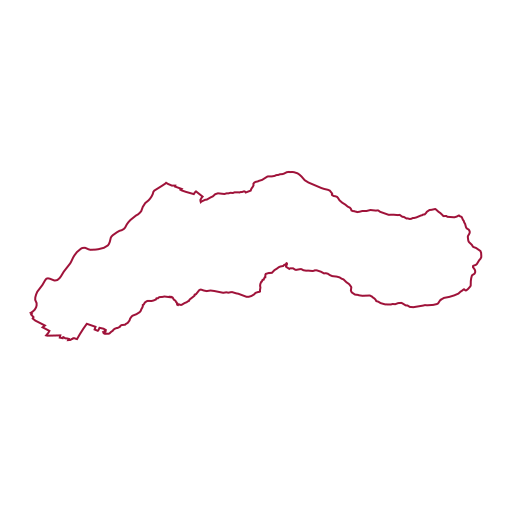 outline of Alunis, Mures, Romania
{"feature_id": "2599482B15275919271112", "entity_name": "Alunis", "entity_type": "district", "adm_level": 2, "iso_a3": "ROU", "parent_name": "Romania", "parent_adm1": "Mures", "projection": "natural_earth1", "projection_center": [24.861, 46.884], "detail": "fine", "context": "isolated", "style": "outline", "palette": "rose", "viewbox_px": 512, "rotation_deg": 0, "n_neighbors": 0, "source": "geoboundaries", "source_scale": "gbopen_adm2", "svg_char_len": 6041}
<svg xmlns="http://www.w3.org/2000/svg" viewBox="0 0 512 512"><path d="M68.2,340.1L70.5,339.9L71.8,339.0L72.6,338.9L73.0,338.3L73.2,338.2L74.3,338.2L75.6,338.7L77.0,339.1L79.9,334.1L83.4,328.6L86.8,323.8L95.5,326.8L94.6,329.5L97.8,330.8L98.5,330.0L99.5,327.8L103.5,328.7L105.8,330.0L105.5,331.7L105.2,331.8L104.3,331.4L104.0,331.9L104.1,332.4L103.3,332.3L103.6,333.1L104.5,333.7L105.0,333.8L108.8,333.7L109.5,333.4L111.3,331.7L112.7,330.8L113.5,329.7L114.7,328.8L116.7,328.0L117.5,328.0L119.3,327.1L120.0,326.7L120.4,325.8L121.6,325.1L125.1,324.7L125.8,324.0L127.7,322.9L129.5,320.5L130.1,318.7L130.8,317.6L131.9,316.2L132.8,315.6L136.4,314.2L139.6,312.2L140.7,310.9L141.3,309.3L142.4,307.4L142.8,306.2L142.8,305.0L143.7,304.5L144.9,302.5L145.3,302.2L146.8,301.2L147.8,300.9L151.5,301.0L153.5,300.5L155.9,299.5L156.5,298.3L157.9,298.3L158.7,297.5L159.7,297.1L162.6,296.9L164.4,296.5L170.8,297.3L170.5,296.8L171.6,296.9L172.7,297.6L173.8,299.6L175.0,300.4L175.6,301.0L176.2,302.2L176.7,302.5L176.9,303.3L177.3,303.5L177.3,304.0L177.1,304.3L177.2,304.7L178.0,305.1L178.6,304.4L178.9,304.3L180.3,304.9L181.5,304.9L184.5,303.1L186.7,302.2L187.9,301.3L188.8,301.0L189.1,300.7L189.2,300.2L189.8,299.4L194.4,295.8L194.6,295.5L194.5,295.0L194.7,294.6L196.0,294.2L199.2,290.2L200.4,289.6L201.4,289.7L203.7,290.5L206.6,291.1L210.5,290.5L214.3,291.0L223.2,292.8L226.3,292.3L228.4,292.7L230.7,292.2L232.1,292.1L236.4,293.4L238.2,293.7L246.5,296.8L248.7,296.8L251.4,296.0L254.1,294.4L255.5,292.9L257.8,292.1L259.5,291.8L260.0,291.5L260.0,290.0L260.4,287.6L260.1,285.8L260.3,284.1L261.1,282.1L261.4,281.7L261.8,281.6L262.6,279.8L263.6,279.7L264.6,277.5L264.8,277.2L265.3,277.2L265.4,274.7L265.8,273.9L269.1,272.9L269.8,273.1L270.5,272.9L271.8,272.9L274.5,270.1L276.8,268.7L278.8,267.2L280.4,266.5L283.2,266.0L284.3,264.8L285.5,264.6L286.5,263.2L286.9,263.4L287.0,263.8L286.9,264.4L286.0,266.2L286.0,266.5L286.1,266.8L289.3,268.9L289.8,268.5L290.4,268.3L293.0,268.3L295.0,269.6L296.0,269.9L300.4,269.1L301.5,269.2L303.3,270.2L306.2,270.7L308.1,270.6L312.5,271.0L313.8,270.8L314.8,270.3L316.6,270.3L320.9,271.7L324.0,273.4L325.8,273.2L327.8,273.7L329.9,275.1L332.2,276.1L336.7,276.6L339.6,277.4L341.6,278.7L343.5,279.4L346.5,282.3L348.7,283.8L349.5,284.6L351.1,286.8L351.3,287.3L350.9,290.5L351.3,291.6L351.9,292.5L354.7,294.4L355.1,294.6L357.9,294.9L359.0,295.3L362.5,295.8L369.8,295.5L372.2,296.7L372.5,297.2L374.3,298.4L375.5,299.6L376.3,301.1L378.3,301.7L380.6,303.1L384.1,304.1L385.3,304.4L390.8,304.5L392.6,304.0L395.2,304.2L398.2,303.1L401.4,302.9L402.3,303.3L405.7,305.4L407.5,305.5L409.8,306.9L413.3,307.2L423.0,305.6L425.0,305.1L427.1,305.3L433.2,304.9L436.7,304.1L437.7,303.7L438.2,303.2L440.2,300.2L440.9,299.6L441.1,299.7L441.7,299.2L444.0,297.9L449.3,296.9L454.2,295.4L458.4,293.6L460.7,291.5L461.5,291.1L463.8,289.3L464.2,289.3L465.1,290.2L465.9,290.5L466.9,289.9L468.1,288.9L470.3,286.4L470.7,285.5L470.8,281.1L471.2,278.2L471.9,275.6L472.3,275.1L474.4,273.8L475.1,272.6L475.2,271.3L475.0,270.2L474.4,269.1L473.0,267.2L473.0,266.1L473.3,265.8L475.8,264.9L476.8,264.1L479.2,260.2L480.3,259.0L481.2,257.4L481.3,256.2L481.1,252.8L480.4,251.0L476.1,248.0L473.4,247.0L472.9,246.6L471.8,244.8L469.1,242.2L468.6,241.5L468.2,240.1L467.8,236.8L468.1,235.7L468.9,234.5L469.7,232.8L469.7,231.6L469.3,230.5L468.7,229.6L466.7,228.4L466.0,227.2L465.1,223.9L464.2,222.4L463.7,220.8L462.9,219.8L461.8,217.2L461.1,216.7L459.6,216.1L459.1,215.5L458.7,215.5L456.7,216.6L454.3,217.3L447.4,216.8L446.3,216.0L443.4,216.1L442.6,215.2L440.3,213.0L438.5,211.8L436.0,209.5L435.2,209.0L431.6,209.8L429.5,210.0L426.8,211.8L426.2,212.8L424.7,214.4L423.0,214.6L422.2,215.2L420.9,215.5L416.4,217.4L414.1,218.0L412.9,218.0L411.2,218.8L409.8,219.0L407.5,218.4L406.5,218.5L403.8,216.9L402.4,216.8L399.7,214.9L397.9,215.1L393.4,214.7L388.6,214.8L380.1,211.8L378.3,210.5L377.6,210.4L375.9,210.6L370.4,210.0L366.5,211.0L362.3,211.0L359.7,211.7L357.2,212.1L355.9,211.6L355.3,211.6L354.1,211.1L353.0,211.1L351.5,210.5L350.8,208.7L349.9,207.7L347.7,206.6L345.3,204.6L342.1,202.6L339.5,200.3L338.1,198.1L337.1,196.9L335.5,196.3L333.7,196.0L332.1,195.1L331.9,194.5L332.2,193.8L332.1,193.5L329.8,190.6L327.9,189.8L324.0,188.9L321.3,188.0L308.4,182.5L304.7,180.2L301.5,176.5L299.4,174.6L297.5,173.3L294.0,172.2L292.3,172.0L289.9,172.1L289.0,171.9L286.8,172.2L283.8,173.7L282.4,174.1L279.8,174.3L278.5,174.9L276.3,175.1L274.6,175.9L271.8,176.4L268.0,176.4L267.3,176.6L262.1,179.9L258.8,180.9L257.9,181.4L255.5,181.9L254.2,182.7L253.4,183.8L253.5,185.4L252.7,186.9L251.8,188.1L251.2,189.1L250.7,190.6L245.7,192.5L245.1,191.7L244.1,191.3L242.1,192.0L240.3,192.1L239.5,192.5L238.2,192.3L234.6,192.3L232.9,193.0L230.5,192.8L228.2,193.4L226.8,193.3L224.4,194.0L218.0,193.3L215.2,194.2L212.8,196.4L210.6,197.4L206.8,199.6L205.1,199.8L201.3,201.6L200.8,202.1L200.5,201.1L200.4,199.9L201.7,197.6L202.6,196.6L196.0,191.4L194.9,192.4L193.8,194.1L186.0,191.9L181.9,190.5L180.6,189.8L181.6,188.9L175.1,186.6L175.3,185.6L171.9,185.6L167.9,183.9L166.1,182.8L165.3,183.6L162.3,185.6L154.3,190.6L153.4,191.8L152.7,194.2L151.6,196.4L150.1,198.6L148.5,200.4L145.2,203.1L143.3,206.1L142.9,206.6L141.2,211.2L139.7,212.9L138.0,214.4L136.0,215.5L130.4,220.0L128.4,222.2L126.8,224.4L125.1,227.6L123.8,229.0L121.7,230.2L119.5,230.8L116.9,232.3L112.8,235.2L111.5,236.5L110.8,237.7L109.8,241.8L108.9,244.0L107.9,245.4L103.9,247.8L98.4,249.2L95.5,249.6L90.4,249.8L88.5,249.3L85.4,247.9L84.4,247.8L83.0,247.9L81.8,248.2L80.8,248.8L76.9,252.1L74.4,255.4L73.2,257.4L71.1,261.8L70.2,263.4L63.8,271.6L60.9,276.4L59.6,278.1L57.4,280.0L55.7,280.4L54.4,280.5L49.8,278.7L48.4,278.4L47.3,278.4L46.3,278.8L45.1,280.3L42.4,285.0L37.3,291.7L36.1,294.5L35.3,297.4L35.2,299.9L36.6,303.1L36.6,305.4L36.1,307.3L34.7,309.7L32.7,311.6L30.7,312.9L31.8,313.8L31.2,314.6L33.5,317.1L32.7,318.5L35.3,320.6L44.9,325.5L42.6,327.3L49.4,330.9L48.5,332.6L46.2,335.4L47.4,335.7L60.3,335.4L59.8,337.6L62.7,338.2L63.2,337.1L63.4,337.1L64.9,338.1L65.7,338.4L66.9,338.4L68.8,338.9L68.2,340.1Z" fill="none" stroke="#9f1239" stroke-width="2"/></svg>